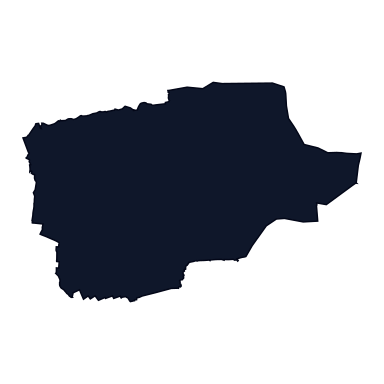 outline of Ede, Gelderland, Netherlands
{"feature_id": "6326949B43393941245933", "entity_name": "Ede", "entity_type": "district", "adm_level": 2, "iso_a3": "NLD", "parent_name": "Netherlands", "parent_adm1": "Gelderland", "projection": "orthographic", "projection_center": [5.671, 52.072], "detail": "fine", "context": "isolated", "style": "filled", "palette": "ink", "viewbox_px": 384, "rotation_deg": 0, "n_neighbors": 0, "source": "geoboundaries", "source_scale": "gbopen_adm2", "svg_char_len": 5575}
<svg xmlns="http://www.w3.org/2000/svg" viewBox="0 0 384 384"><path d="M272.5,83.1L222.1,83.6L213.2,82.4L202.8,88.7L187.1,87.2L169.2,90.4L167.9,90.5L168.1,91.3L168.2,92.3L168.8,92.5L169.2,92.5L169.1,94.3L168.5,94.5L168.6,96.1L168.4,97.6L168.5,98.5L168.8,99.2L169.2,100.9L169.3,100.9L168.9,101.8L168.4,101.8L167.6,102.0L165.4,102.5L165.4,103.8L155.8,104.9L153.8,105.2L152.5,105.3L152.2,105.2L151.1,104.3L146.9,103.8L146.1,103.0L144.7,102.6L143.8,102.6L141.6,103.1L141.3,103.2L140.4,103.7L139.2,105.5L138.3,107.2L137.4,109.5L137.6,109.7L136.9,110.1L136.3,110.2L134.9,110.3L134.6,110.4L133.7,110.5L133.8,109.8L132.9,109.7L130.4,107.9L125.1,106.3L124.6,106.7L122.3,108.9L118.5,110.0L118.2,110.0L115.0,109.1L114.5,110.3L113.9,110.2L113.3,110.3L109.9,111.1L108.9,111.2L107.8,111.4L107.0,111.7L106.8,111.9L106.6,112.2L106.5,112.3L106.3,112.2L106.1,111.9L105.3,111.5L104.0,111.7L103.3,112.0L102.3,111.9L101.8,112.0L100.2,111.5L99.4,111.6L97.8,112.4L96.7,113.0L92.9,113.7L89.6,115.1L88.8,115.4L87.8,115.5L86.7,115.9L82.9,116.1L82.5,116.1L81.3,115.6L80.8,115.7L80.3,115.9L78.7,117.1L76.2,118.7L74.8,119.2L73.9,119.3L73.4,119.5L73.2,119.5L72.2,119.0L71.6,118.8L70.9,118.7L69.1,118.8L68.3,118.9L67.6,119.2L66.1,120.2L65.4,120.5L61.3,120.7L60.9,120.6L60.3,120.2L59.3,121.5L58.7,120.9L58.4,120.8L55.8,122.9L55.1,123.4L54.1,123.9L49.9,125.3L48.8,125.4L48.2,125.4L48.1,125.6L47.9,125.5L47.8,125.3L46.9,125.0L43.4,123.3L42.6,123.2L41.8,123.2L42.0,123.9L42.0,124.2L41.9,124.5L41.7,125.0L40.8,125.9L40.6,126.3L40.6,126.7L40.8,127.2L41.3,128.6L40.5,128.4L39.1,124.9L38.6,123.4L36.7,123.6L35.7,123.9L35.5,124.9L35.5,125.0L35.4,125.1L35.2,125.8L33.2,128.5L29.0,134.7L29.0,134.9L29.0,135.0L28.8,135.3L28.2,135.3L27.4,136.4L26.6,137.3L23.5,137.8L23.0,137.9L28.2,151.8L28.4,152.2L29.3,153.1L29.2,153.4L28.2,154.5L27.2,156.7L27.0,157.1L26.7,157.5L26.1,157.9L26.2,158.2L29.4,159.6L29.5,160.5L29.3,161.0L29.2,161.2L29.4,162.2L29.8,162.7L30.2,163.6L30.6,164.5L30.2,164.5L29.6,164.9L29.9,166.6L30.1,169.5L29.8,171.6L29.8,171.8L30.0,171.6L30.5,170.9L30.8,170.9L31.2,171.3L31.6,171.2L31.7,171.4L31.6,171.8L31.9,172.0L31.3,173.1L31.6,173.3L31.9,173.5L32.4,174.0L32.9,174.1L33.3,174.5L33.7,174.4L34.0,174.5L34.4,174.4L34.7,174.6L34.6,176.3L34.5,177.9L34.6,178.6L34.9,179.5L35.2,180.5L35.9,181.2L36.2,181.6L36.3,182.6L36.3,182.9L35.2,189.7L33.4,192.7L33.8,193.8L34.7,196.0L34.6,197.5L34.4,199.1L34.3,202.4L34.2,203.2L34.0,203.3L34.0,206.5L33.8,208.3L33.3,210.9L33.0,212.9L32.9,214.8L32.8,215.8L32.4,218.3L32.0,220.8L32.7,221.0L32.8,221.3L32.2,222.7L32.2,222.8L32.5,222.9L32.6,223.0L34.6,223.1L42.2,223.9L43.0,224.0L42.7,225.8L42.3,227.2L42.3,227.7L42.4,227.9L42.4,228.1L42.3,228.8L42.5,228.8L42.4,230.3L42.1,230.3L41.2,231.7L41.2,232.1L40.9,232.4L40.1,234.1L40.7,234.3L41.0,234.6L45.2,236.2L53.6,239.8L56.2,241.0L59.1,242.6L59.0,244.9L58.8,244.9L58.7,246.9L56.3,246.8L56.1,249.7L56.1,250.2L56.2,250.7L56.7,251.8L56.9,252.2L56.9,252.7L56.9,253.1L56.8,259.1L56.7,260.3L56.6,260.9L56.7,261.5L59.2,261.8L58.7,268.1L56.4,267.9L56.4,270.1L56.4,270.4L56.3,272.6L56.0,273.0L55.7,273.3L57.5,275.1L57.8,275.4L58.3,275.9L58.5,276.3L59.3,278.1L59.9,279.4L60.0,280.3L60.0,281.0L60.0,281.5L59.6,282.6L59.6,283.2L59.7,283.9L59.6,284.3L59.7,285.2L59.8,285.7L60.2,286.5L60.7,287.3L60.9,287.7L61.5,288.3L62.3,288.7L64.5,290.4L65.0,291.3L65.5,291.7L66.8,293.4L68.2,294.4L69.2,295.7L69.4,296.1L70.3,296.6L71.1,297.3L71.9,297.4L72.4,297.3L72.2,297.1L73.1,292.8L79.5,289.8L83.5,299.2L88.2,295.9L90.3,298.9L95.1,295.8L96.5,297.7L98.2,300.0L98.5,300.3L105.1,297.4L105.5,298.4L112.5,295.9L113.7,298.4L120.2,296.1L121.2,298.0L121.3,298.0L121.4,297.9L121.2,297.5L121.2,297.4L125.6,296.6L126.3,297.1L127.8,297.9L128.1,298.2L129.1,299.8L129.6,300.8L130.4,301.6L133.0,301.0L133.0,300.8L134.5,300.7L134.5,299.9L136.6,299.7L136.7,298.5L136.9,297.6L137.7,297.7L139.4,297.3L142.2,296.0L155.3,292.7L171.3,288.4L177.5,288.2L178.5,288.3L178.9,286.9L179.2,286.6L179.9,286.7L180.5,286.9L180.8,286.4L181.1,286.2L181.1,285.3L181.0,285.1L180.8,284.3L180.3,283.9L179.9,283.3L179.8,283.1L179.9,282.7L180.2,282.3L180.2,282.0L179.6,280.9L179.6,280.6L179.8,280.4L180.9,279.9L181.3,279.8L182.0,279.8L182.5,279.6L182.8,278.8L183.5,278.3L183.6,278.0L183.6,276.8L183.2,276.3L183.2,276.1L183.4,275.8L183.7,275.6L183.9,275.5L184.0,275.3L184.0,275.1L183.3,274.3L183.3,274.2L183.3,273.9L182.9,273.6L183.0,272.6L183.3,271.8L183.8,271.5L183.9,271.3L184.2,271.2L184.4,271.1L184.2,269.9L184.2,269.6L184.3,269.3L184.6,269.1L185.3,269.3L185.6,269.2L185.6,268.6L185.7,267.9L185.7,267.7L185.4,267.3L185.5,267.0L186.0,266.2L186.3,265.6L186.6,265.4L187.0,265.3L187.3,265.1L187.4,264.9L187.5,264.3L187.6,264.1L188.1,264.0L188.2,263.4L188.7,263.1L188.8,263.0L188.8,262.8L188.8,262.4L193.3,261.5L196.2,260.6L196.4,260.9L197.5,261.0L198.5,260.6L204.7,260.4L209.8,260.0L209.8,260.5L210.1,260.6L210.3,260.0L211.2,259.9L216.0,259.5L221.2,259.4L221.5,259.4L224.1,260.2L224.2,259.5L228.5,259.6L233.1,259.3L234.8,260.2L236.3,259.8L236.7,260.0L237.7,261.1L238.2,260.5L236.7,259.0L236.7,258.9L239.9,257.9L242.2,257.3L244.7,256.9L245.9,256.5L252.2,245.6L256.3,239.8L256.5,239.3L256.9,239.0L266.3,225.8L276.4,219.0L284.5,218.4L303.2,221.9L317.7,221.1L316.5,206.1L316.5,205.5L316.9,205.0L316.6,202.9L326.3,204.6L352.3,185.5L355.7,183.1L356.6,183.2L356.2,182.8L358.3,165.4L360.0,158.2L361.0,153.1L356.6,153.9L346.8,153.4L341.4,152.7L340.4,152.7L336.6,152.5L327.8,152.8L318.1,148.0L304.1,144.5L298.1,133.6L296.4,130.7L296.3,130.4L293.7,126.2L288.5,118.5L286.4,105.9L286.0,98.7L285.9,96.6L285.7,93.5L285.4,91.7L284.0,86.9L272.5,83.1Z" fill="#0f172a" stroke="#020617" stroke-width="1.5"/></svg>